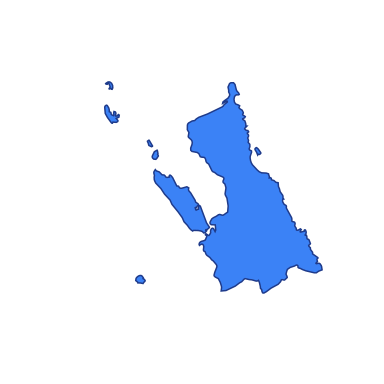 outline of Jawa Timur, rotated 235°
{"feature_id": "IDN-1233", "entity_name": "Jawa Timur", "entity_type": "Province", "adm_level": 1, "iso_a3": "IDN", "parent_name": "Indonesia", "parent_adm1": "", "projection": "robinson", "projection_center": [113.217, -7.252], "detail": "fine", "context": "isolated", "style": "filled", "palette": "blue", "viewbox_px": 384, "rotation_deg": 235, "n_neighbors": 0, "source": "natural_earth", "source_scale": "10m", "svg_char_len": 6077}
<svg xmlns="http://www.w3.org/2000/svg" viewBox="0 0 384 384"><g transform="rotate(235 192 192)"><path d="M94.2,159.1L96.7,161.4L98.0,162.1L101.7,163.3L105.9,163.9L109.0,162.3L110.2,162.0L111.2,162.3L113.1,164.5L116.3,169.3L117.2,170.0L118.5,170.3L123.3,169.9L125.2,169.2L128.1,169.1L131.5,167.9L132.9,167.8L135.7,168.5L136.9,167.8L138.0,168.1L140.5,170.3L141.8,170.8L142.9,170.8L143.7,170.2L144.0,168.8L144.0,167.5L145.1,167.8L145.9,168.7L146.3,169.9L146.2,171.3L145.3,173.8L145.1,175.4L147.1,178.6L147.7,178.9L149.3,178.4L149.8,179.5L147.1,180.5L146.7,181.0L146.9,181.8L147.9,183.9L149.3,184.7L150.3,185.8L150.8,187.1L150.5,188.2L149.7,188.6L146.3,188.2L147.2,189.6L151.7,192.2L154.2,189.0L155.5,188.7L156.4,189.0L157.2,189.9L158.6,192.7L158.7,194.6L158.2,198.0L158.2,200.6L157.7,201.9L155.6,203.5L155.1,204.5L155.1,209.7L159.8,213.6L166.9,217.1L170.5,217.6L171.6,218.1L175.9,222.2L179.6,223.5L181.9,223.0L183.1,223.6L184.4,225.6L185.2,226.1L186.5,225.9L191.6,222.7L194.9,221.8L196.7,220.7L198.0,220.5L205.3,221.7L207.6,220.9L208.9,221.0L211.1,221.9L212.4,222.1L213.4,221.8L215.3,219.6L216.2,219.0L219.3,219.6L221.3,219.0L225.3,215.2L226.9,214.9L228.7,216.1L230.9,219.2L232.2,220.5L234.0,221.3L235.3,221.3L238.8,220.5L239.7,220.8L242.5,223.6L245.7,223.9L249.3,226.5L250.1,227.4L250.5,228.8L250.1,232.8L249.0,235.2L249.4,237.4L249.3,240.4L247.0,249.5L244.4,265.5L244.5,266.8L245.1,268.3L245.4,272.5L246.1,273.0L246.8,272.3L247.0,267.9L248.0,269.0L248.2,271.0L248.2,275.2L249.2,277.8L250.1,278.7L251.1,279.1L252.9,279.4L254.3,280.4L257.3,281.7L259.3,285.0L259.2,286.5L257.7,288.7L255.4,288.9L250.5,287.0L249.2,286.7L246.1,287.0L244.8,286.6L245.0,285.6L246.2,284.0L245.9,281.7L243.9,279.6L241.2,278.3L239.0,278.3L236.7,279.9L235.3,280.5L234.1,278.8L232.6,279.0L230.2,280.0L227.7,279.6L227.2,279.3L226.7,278.1L226.1,277.8L223.2,278.9L222.6,277.8L222.9,275.5L222.4,275.2L220.0,276.1L217.6,275.4L216.2,274.7L215.2,273.9L214.5,274.8L213.9,271.7L213.5,271.3L211.7,271.7L210.9,272.2L210.4,273.0L208.9,273.0L208.7,272.8L208.7,271.3L208.0,270.8L207.0,271.0L206.1,270.9L205.3,270.3L204.3,268.6L201.8,267.9L200.5,266.5L197.9,266.7L195.9,265.4L194.5,263.5L193.4,263.3L191.6,264.3L190.5,263.7L187.8,260.1L186.5,259.1L184.2,258.0L181.9,257.3L179.5,257.1L172.4,258.1L170.0,258.7L167.8,260.0L164.9,263.7L163.0,265.1L161.2,264.4L160.5,264.4L159.2,263.3L158.8,264.3L158.3,264.7L157.7,264.8L156.4,264.1L154.4,265.7L151.8,266.3L150.2,267.9L146.8,265.9L144.6,265.5L141.7,264.4L137.3,264.4L136.4,264.1L134.9,263.1L133.6,263.1L134.0,262.2L133.0,261.2L131.7,260.6L129.1,260.4L127.0,261.3L126.2,261.2L125.3,260.4L124.3,260.0L114.0,258.9L112.7,258.4L110.9,257.1L110.4,257.2L108.5,258.7L108.0,258.7L106.9,258.3L105.6,256.9L104.7,256.6L102.7,256.6L101.0,255.8L100.4,256.1L99.8,257.4L99.7,259.6L98.6,260.0L97.8,258.2L97.3,257.8L96.8,258.1L95.5,261.5L96.3,262.0L96.4,262.4L96.2,262.9L95.6,263.1L94.3,262.8L93.2,262.2L92.4,261.3L91.9,260.0L91.5,260.0L90.9,260.9L90.0,260.7L88.1,259.6L87.3,259.5L86.5,260.2L85.6,260.4L81.8,259.4L81.4,258.3L81.4,257.0L80.4,256.6L78.5,257.0L77.0,256.1L73.5,256.2L72.1,255.3L66.3,257.4L65.7,257.4L65.4,256.1L65.0,255.6L63.1,254.9L62.8,253.2L62.4,252.6L62.0,252.7L60.8,255.2L59.9,255.7L57.7,255.7L56.6,255.4L53.6,253.9L54.5,250.3L54.5,247.5L55.6,245.9L62.2,240.0L65.0,238.1L67.4,236.8L68.8,235.7L69.4,235.6L70.8,236.4L71.4,236.4L71.9,236.0L72.3,235.6L72.6,233.4L73.9,229.2L73.9,225.8L72.9,224.3L70.8,221.9L68.3,221.4L67.3,220.9L66.8,217.4L67.1,216.9L68.5,215.6L68.8,214.9L67.7,213.0L67.0,209.6L67.9,201.7L67.7,195.6L68.0,192.9L68.9,192.0L70.4,192.3L72.2,193.1L73.7,192.8L75.7,193.9L79.2,195.3L81.5,195.8L81.6,194.5L82.3,193.4L85.8,190.6L87.4,188.7L90.6,185.8L90.7,184.6L90.0,181.2L90.3,179.0L90.1,173.5L91.8,163.3L94.2,159.1ZM226.9,170.6L229.6,171.7L230.5,172.6L231.4,174.8L229.8,174.9L227.2,176.7L223.3,177.3L221.9,178.9L220.8,179.2L219.4,179.1L218.3,179.8L217.2,182.0L218.0,182.3L218.5,183.0L218.5,183.7L217.3,184.2L215.0,184.4L205.7,183.0L204.5,184.3L202.6,184.2L201.6,184.8L201.0,185.7L199.2,190.8L197.2,191.7L196.2,190.6L194.9,190.1L192.1,190.4L183.5,189.8L181.6,189.2L178.9,190.2L177.7,190.0L177.3,187.8L176.6,186.9L176.6,186.5L177.3,186.1L177.3,185.6L175.3,184.9L174.8,185.0L174.6,185.6L174.6,186.9L174.2,187.4L176.8,189.6L176.6,190.4L175.6,190.7L158.3,186.2L153.2,186.1L152.8,185.4L152.6,183.5L152.7,182.6L153.2,181.7L152.8,181.3L152.2,182.2L151.8,181.8L151.3,179.7L151.4,178.5L151.7,178.1L153.6,177.8L155.2,176.7L156.9,175.0L159.7,171.2L159.6,170.2L161.4,169.5L163.7,169.1L167.4,169.1L172.2,168.4L176.6,169.3L183.7,169.2L193.4,168.5L197.9,169.4L206.0,168.3L212.8,168.5L220.1,167.4L222.6,167.8L223.8,168.2L226.0,169.6L226.9,170.6ZM312.2,169.9L312.3,171.6L311.5,172.2L308.5,172.0L306.5,171.2L305.2,170.3L303.8,171.2L301.7,170.3L299.6,171.4L299.8,172.2L301.5,173.0L302.7,174.3L301.5,175.2L300.2,174.9L298.1,173.0L297.2,174.2L297.7,176.1L296.7,176.5L295.2,175.0L295.8,172.1L293.6,172.3L292.7,172.2L292.3,171.4L292.5,169.9L294.6,167.3L294.0,166.3L294.6,165.7L295.8,165.6L301.5,165.5L306.1,166.0L311.3,169.0L312.2,169.9ZM151.7,95.1L153.2,96.5L153.7,97.5L153.9,99.0L153.8,100.5L153.4,101.6L152.7,102.5L151.7,102.9L149.6,102.9L149.1,102.2L147.8,102.9L146.3,102.8L145.8,102.1L145.7,100.9L145.1,99.4L147.1,97.5L148.6,95.5L149.2,95.8L151.7,95.1ZM244.4,180.4L246.6,184.3L246.3,187.4L245.5,187.3L242.9,186.1L242.6,185.4L241.5,185.4L240.8,185.1L239.7,182.4L239.5,181.1L240.9,179.5L242.4,179.2L243.6,179.5L244.4,180.4ZM330.1,182.8L330.4,183.9L330.3,186.4L329.3,187.8L327.2,188.5L324.8,188.1L322.7,186.8L321.9,185.5L322.4,184.9L323.4,185.0L323.8,183.3L324.3,183.4L324.8,184.8L325.5,185.5L326.3,185.5L327.4,186.0L329.5,186.1L329.7,185.7L329.3,185.8L328.8,184.7L328.9,184.2L329.4,183.8L329.7,183.9L329.9,184.2L330.1,182.8ZM190.5,267.9L191.2,268.3L191.5,269.1L191.5,270.0L191.3,270.4L189.2,270.9L184.8,270.9L184.2,270.5L184.0,269.5L184.2,268.5L185.0,267.9L184.6,267.0L187.5,267.7L190.5,267.9ZM257.6,184.3L258.8,184.4L259.2,184.7L259.2,186.4L259.0,186.6L252.4,186.1L252.1,185.8L252.3,184.8L254.6,183.5L255.1,183.4L257.6,184.3Z" fill="#3b82f6" stroke="#1e3a8a" stroke-width="1.5"/></g></svg>